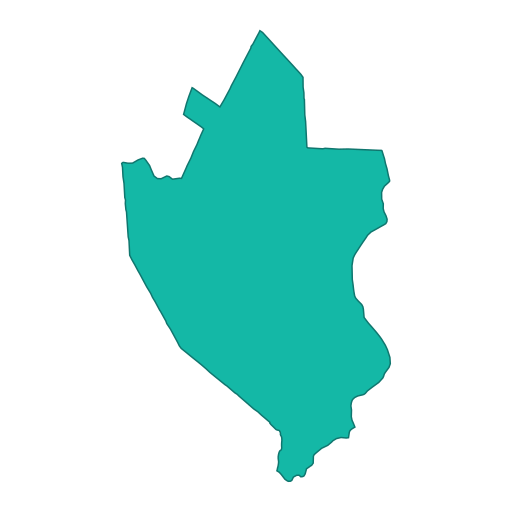 the district of Cubulco, Baja Verapaz, Guatemala
{"feature_id": "79465075B69115234632813", "entity_name": "Cubulco", "entity_type": "district", "adm_level": 2, "iso_a3": "GTM", "parent_name": "Guatemala", "parent_adm1": "Baja Verapaz", "projection": "robinson", "projection_center": [-90.661, 15.156], "detail": "fine", "context": "isolated", "style": "filled", "palette": "teal", "viewbox_px": 512, "rotation_deg": 0, "n_neighbors": 0, "source": "geoboundaries", "source_scale": "gbopen_adm2", "svg_char_len": 3669}
<svg xmlns="http://www.w3.org/2000/svg" viewBox="0 0 512 512"><path d="M129.7,255.3L131.9,259.7L134.8,264.8L137.9,270.6L139.9,274.1L143.9,281.6L146.7,286.8L150.6,293.2L152.6,297.5L155.2,301.8L159.8,310.4L160.3,311.0L161.4,313.0L165.8,320.9L166.8,323.6L170.4,329.0L177.6,342.3L179.3,345.8L181.2,348.4L192.4,357.5L201.1,364.5L206.2,368.9L209.7,372.2L212.1,374.2L224.9,384.6L227.0,386.0L231.7,390.1L232.6,390.9L234.8,392.8L237.2,394.3L239.0,396.1L243.4,399.9L253.7,408.9L257.9,411.8L261.4,415.1L268.1,420.8L269.9,422.3L269.8,423.0L270.9,424.5L273.4,426.9L275.4,428.9L275.9,429.4L276.6,429.8L277.6,430.1L279.0,430.4L279.4,430.7L279.9,431.6L280.2,432.1L280.5,433.6L280.4,434.5L280.8,435.5L281.4,436.5L281.6,437.2L281.8,438.0L281.8,438.9L281.9,440.3L281.7,442.4L281.6,443.9L281.6,444.5L281.6,445.3L281.6,446.2L281.7,447.0L281.7,447.5L281.7,448.1L281.6,448.7L281.3,449.7L280.8,450.2L280.0,450.7L279.5,451.4L279.1,452.4L278.8,453.3L278.5,454.6L278.4,455.3L278.2,456.6L278.2,457.7L278.2,458.5L278.3,459.3L278.5,460.9L278.6,461.8L278.5,463.0L278.4,464.0L278.3,464.5L278.2,465.3L278.0,466.4L277.7,467.4L277.5,468.1L277.3,469.3L276.9,470.8L279.3,472.3L281.3,474.5L284.9,479.2L286.7,480.5L288.2,481.3L290.5,481.2L291.8,480.4L293.4,477.1L296.6,475.3L299.1,475.2L300.8,476.8L302.7,476.6L304.0,475.9L305.2,473.8L306.5,468.8L309.7,466.6L310.6,465.8L311.5,465.5L313.2,463.1L313.4,456.3L314.1,454.7L316.1,452.9L321.6,448.3L327.8,445.3L331.6,442.1L332.8,440.8L336.4,438.6L341.0,437.5L346.3,438.0L348.5,437.7L349.3,432.3L349.8,431.0L350.4,430.2L351.4,429.3L352.7,428.4L354.9,427.1L353.2,422.9L352.0,420.2L351.3,416.7L351.5,410.0L350.9,405.9L351.3,403.0L352.1,400.4L353.0,399.1L354.7,397.5L357.7,396.0L360.5,395.3L362.4,394.9L363.9,394.4L365.3,393.4L367.4,390.9L372.2,387.2L378.8,382.4L382.8,378.0L383.6,376.3L384.3,374.0L385.3,372.4L387.0,370.1L389.0,367.4L390.3,363.7L389.9,357.4L387.4,349.7L385.3,345.2L381.7,339.3L380.0,336.9L376.7,332.7L371.3,326.4L368.8,323.6L367.9,322.5L364.1,317.5L363.4,309.4L362.9,306.8L361.7,304.5L358.2,301.0L355.8,298.3L354.7,296.1L353.9,291.7L353.5,288.7L353.0,284.3L352.3,279.6L352.0,265.6L353.2,258.0L354.7,254.8L355.9,252.8L358.0,249.6L360.0,246.5L362.6,242.6L364.2,240.3L365.6,238.3L367.6,235.2L371.0,232.0L381.0,226.4L383.2,225.2L384.4,224.5L385.2,224.0L385.8,223.6L386.9,221.6L387.1,219.2L386.0,215.8L385.1,214.0L384.0,211.8L383.2,208.5L383.3,203.8L381.7,199.2L381.6,192.4L382.7,189.1L383.8,187.3L384.4,186.2L388.7,182.3L389.6,181.2L389.6,180.2L388.4,175.7L387.0,168.8L385.4,163.3L384.5,158.8L383.5,155.7L382.0,150.8L381.6,150.4L377.9,150.3L348.1,149.0L338.9,149.2L325.1,148.3L322.8,148.8L307.8,147.9L306.9,147.2L305.6,121.5L304.8,115.0L304.4,99.4L304.0,98.6L303.9,92.8L303.1,87.2L303.0,77.3L301.0,74.5L297.4,70.5L295.7,68.7L293.3,66.0L280.4,52.0L262.6,32.5L259.9,30.7L259.5,31.5L259.3,32.1L257.5,35.4L252.9,44.1L251.1,46.4L250.8,48.2L243.2,62.7L241.4,66.3L236.0,77.0L231.3,85.8L230.1,88.6L224.0,100.0L219.9,106.9L219.0,106.3L215.7,103.8L202.3,94.9L193.4,88.4L192.1,87.7L188.9,96.3L186.5,103.5L184.4,111.4L183.9,113.3L183.6,114.4L186.5,116.6L201.3,126.9L203.3,128.5L203.7,128.9L200.8,135.2L199.6,138.2L198.7,140.2L197.0,144.5L193.5,151.6L190.9,158.1L186.9,166.2L186.4,167.5L181.5,178.4L179.6,178.2L172.5,179.2L169.1,176.6L166.8,176.0L161.2,178.7L157.4,178.6L154.0,176.0L151.2,169.6L149.6,165.6L145.9,160.3L144.3,158.4L142.7,158.2L138.1,159.9L132.6,163.1L130.2,163.2L128.3,163.2L127.1,163.1L126.2,162.9L125.6,162.8L124.0,162.5L123.4,162.4L122.8,162.5L121.7,163.4L122.5,167.4L123.0,176.8L124.0,183.3L124.8,197.5L125.5,200.0L125.3,203.7L125.9,209.7L126.5,211.9L128.2,236.9L129.0,240.6L129.7,255.3Z" fill="#14b8a6" stroke="#0f766e" stroke-width="1.5"/></svg>